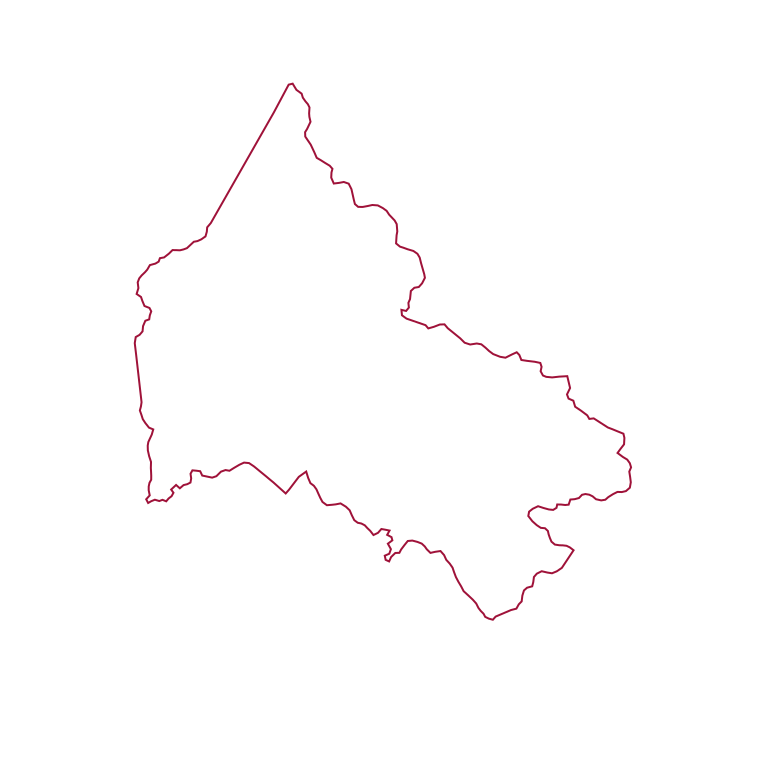 outline of Miranorte, Tocantins, Brazil, rotated 119°
{"feature_id": "56859067B32280550150304", "entity_name": "Miranorte", "entity_type": "district", "adm_level": 2, "iso_a3": "BRA", "parent_name": "Brazil", "parent_adm1": "Tocantins", "projection": "mercator", "projection_center": [-48.669, -9.394], "detail": "fine", "context": "isolated", "style": "outline", "palette": "rose", "viewbox_px": 768, "rotation_deg": 119, "n_neighbors": 0, "source": "geoboundaries", "source_scale": "gbopen_adm2", "svg_char_len": 4342}
<svg xmlns="http://www.w3.org/2000/svg" viewBox="0 0 768 768"><g transform="rotate(119 384 384)"><path d="M168.4,612.5L199.9,612.0L327.2,613.5L332.7,614.6L336.7,612.8L341.4,611.7L346.0,613.9L349.4,616.4L351.8,619.3L356.1,620.7L360.7,622.2L363.5,624.6L366.0,627.3L367.7,630.7L369.4,633.9L374.2,635.3L379.9,637.7L382.6,641.0L386.2,640.4L389.5,642.3L393.5,646.4L398.7,646.5L402.0,647.2L406.5,648.6L410.3,649.3L414.5,648.7L419.2,645.3L425.2,644.0L425.7,638.7L428.5,635.6L431.9,631.3L431.2,626.0L433.3,622.8L437.5,622.1L441.3,620.7L444.4,623.4L450.2,622.8L455.0,620.7L459.5,621.6L463.3,623.9L469.1,621.8L478.4,615.1L517.5,587.2L521.5,585.7L525.5,584.7L528.5,581.3L531.7,577.9L533.9,573.7L536.1,568.4L535.6,563.8L540.8,562.6L549.0,562.0L552.4,560.8L556.5,558.4L561.0,554.4L565.1,550.0L570.5,547.2L573.5,545.3L577.1,543.1L580.6,541.2L584.1,541.2L587.7,540.1L591.0,538.3L595.0,534.9L600.1,536.1L602.4,532.6L599.4,530.8L596.3,528.3L595.3,523.8L592.7,521.6L592.2,517.6L588.6,516.9L585.1,515.4L581.2,515.4L579.5,519.0L573.1,516.9L574.2,512.0L569.6,510.3L567.0,507.5L564.0,505.5L560.0,506.9L556.3,509.7L552.4,509.7L550.9,506.3L549.4,502.5L552.2,498.6L550.5,493.1L549.2,488.9L545.9,485.9L539.7,484.1L536.1,480.9L534.8,477.1L530.1,474.5L524.7,471.3L520.6,468.3L518.6,463.7L519.1,457.9L519.7,454.5L520.6,449.7L521.9,442.5L522.9,437.4L523.7,433.0L527.4,416.9L522.3,415.8L506.5,413.5L498.3,409.6L502.9,404.8L506.4,400.3L507.0,396.0L508.9,392.0L511.7,388.3L514.5,384.5L517.0,380.6L517.7,375.2L514.9,371.0L512.7,367.9L509.5,364.1L509.8,357.8L511.1,352.8L514.4,348.5L517.5,344.0L518.1,339.7L517.0,336.2L516.9,332.3L518.1,328.7L519.1,324.9L521.2,320.0L517.1,317.1L512.1,316.0L510.7,311.9L509.5,308.1L514.4,308.1L514.3,303.2L516.7,300.9L521.8,303.2L525.1,297.9L529.9,297.1L533.8,300.1L537.0,297.3L536.7,293.5L531.9,293.9L526.3,292.2L524.2,288.7L520.5,288.8L514.9,288.0L509.8,287.1L507.2,283.3L505.9,278.2L505.3,273.6L506.3,269.6L507.8,266.5L509.2,261.5L505.9,257.8L502.7,253.6L504.5,248.5L507.6,244.3L509.2,239.5L511.4,235.0L514.5,231.6L518.0,227.5L521.0,222.9L523.6,218.4L526.6,213.9L528.2,207.2L529.6,201.7L531.3,196.9L534.1,192.8L535.6,189.3L536.7,185.5L538.6,182.6L538.4,178.6L537.4,174.5L533.3,173.6L520.1,163.3L516.3,159.3L511.3,159.3L507.4,158.2L502.0,160.4L496.7,161.5L492.8,160.1L489.1,156.3L484.9,157.4L480.1,159.3L475.8,158.4L471.3,155.3L469.7,149.7L468.1,145.3L464.1,142.1L458.6,139.3L437.5,137.6L436.8,142.3L437.0,145.9L438.4,149.3L440.0,152.4L441.6,156.7L440.7,161.1L438.2,164.3L435.7,167.1L433.1,169.4L432.1,173.3L433.8,177.1L433.4,182.0L432.1,187.7L429.5,193.8L425.3,195.2L421.0,193.4L416.2,190.0L415.1,184.3L413.8,179.0L412.1,175.0L408.7,173.1L405.4,174.1L403.5,170.5L402.0,166.9L400.0,164.0L394.7,165.0L392.3,161.4L389.2,158.2L384.9,157.1L382.6,154.5L381.3,150.8L381.1,147.1L382.0,142.7L380.5,137.6L377.9,134.3L374.2,133.0L369.3,130.3L365.2,127.5L363.2,123.6L360.4,120.5L355.5,118.7L350.3,120.5L345.8,123.8L341.7,127.0L337.1,127.5L334.1,130.6L332.2,134.6L332.0,139.7L331.1,146.3L326.2,145.7L320.4,144.8L314.6,147.6L311.4,150.5L312.2,157.0L312.8,162.2L313.5,167.1L312.4,183.9L315.0,187.5L312.9,191.0L311.8,198.9L311.2,205.8L306.8,210.3L307.3,215.5L304.4,218.9L297.3,219.3L288.3,227.5L292.6,234.3L296.7,240.1L299.1,245.6L299.5,249.1L296.9,253.2L292.6,254.5L289.8,257.5L291.5,263.0L294.4,270.1L296.4,275.5L293.0,279.7L291.9,283.3L296.1,286.4L302.1,290.5L303.9,295.6L304.9,303.0L304.2,308.1L303.0,313.0L302.1,318.1L303.6,322.5L307.7,327.8L308.8,333.5L307.1,339.5L304.3,355.3L302.5,360.0L304.9,364.0L309.8,368.1L313.9,372.2L312.4,376.2L315.9,396.0L315.2,401.6L310.7,404.7L309.4,400.1L305.1,399.3L301.2,402.0L297.1,402.4L289.6,405.6L285.1,404.1L282.3,400.6L277.5,399.5L271.3,399.7L268.5,402.0L260.4,410.1L256.1,414.1L253.9,417.9L253.4,422.8L254.7,428.7L255.4,433.1L256.1,436.6L255.2,441.6L247.8,445.1L244.2,446.3L238.0,450.4L235.8,454.0L233.4,461.6L231.3,465.6L230.7,470.3L230.8,476.0L233.1,481.0L236.2,484.5L239.5,488.5L241.6,492.5L240.7,496.7L237.5,499.7L229.4,506.9L225.9,512.0L226.8,517.1L229.8,520.7L233.0,525.1L229.1,530.2L224.4,532.5L220.8,533.4L219.4,537.3L219.2,542.7L218.9,547.8L218.8,552.5L215.1,557.3L210.2,564.1L205.8,572.8L202.0,575.1L198.3,574.9L190.3,575.4L186.5,578.8L183.6,580.7L178.3,583.2L176.2,586.2L174.9,589.7L172.9,593.8L170.0,596.8L169.2,603.2L165.6,609.5L168.4,612.5Z" fill="none" stroke="#9f1239" stroke-width="2"/></g></svg>